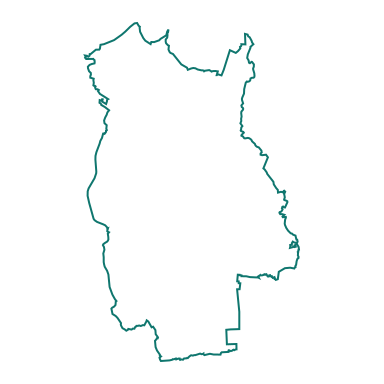 Kota Salatiga, Jawa Tengah, Indonesia (Albers equal-area conic projection)
{"feature_id": "22746128B99456803569608", "entity_name": "Kota Salatiga", "entity_type": "district", "adm_level": 2, "iso_a3": "IDN", "parent_name": "Indonesia", "parent_adm1": "Jawa Tengah", "projection": "albers", "projection_center": [110.501, -7.337], "detail": "fine", "context": "isolated", "style": "outline", "palette": "teal", "viewbox_px": 384, "rotation_deg": 0, "n_neighbors": 0, "source": "geoboundaries", "source_scale": "gbopen_adm2", "svg_char_len": 5895}
<svg xmlns="http://www.w3.org/2000/svg" viewBox="0 0 384 384"><path d="M98.0,91.1L99.9,93.9L108.1,99.1L107.4,99.5L107.0,100.2L107.0,101.2L106.1,104.0L102.2,101.6L101.9,100.7L102.6,100.0L102.7,99.3L102.1,99.2L101.3,100.6L99.7,100.1L99.5,102.8L100.6,103.5L101.6,104.9L101.5,105.1L104.8,107.0L109.1,110.3L107.4,112.4L106.7,114.7L105.2,117.5L104.1,120.5L104.5,123.2L106.7,125.2L106.3,128.8L106.7,129.5L106.8,130.3L106.0,130.7L106.0,131.9L105.0,133.4L104.4,133.2L104.1,133.9L103.1,133.7L102.0,137.9L100.3,141.0L99.6,143.7L96.4,152.2L95.5,155.9L95.4,159.6L96.3,171.5L96.2,173.3L94.5,178.3L88.6,188.4L87.7,191.3L87.6,195.8L89.2,203.0L93.6,218.8L94.6,220.2L97.0,221.9L103.1,224.3L105.2,225.3L107.2,227.5L107.3,228.6L108.0,228.3L107.2,231.1L107.7,231.7L109.0,232.3L107.8,233.7L108.3,237.0L108.4,239.5L107.8,240.8L106.9,241.8L105.3,242.7L103.4,244.1L102.9,245.1L104.0,247.1L104.4,249.8L103.3,253.5L103.7,257.2L103.7,262.1L104.1,264.4L104.7,266.7L107.1,270.8L108.4,274.5L109.6,287.0L112.4,294.6L114.9,299.1L116.4,301.0L115.8,301.4L115.5,305.0L114.1,306.6L112.2,307.7L111.4,308.6L112.5,314.0L115.7,316.0L117.5,317.9L121.0,323.1L120.8,324.6L121.1,325.6L122.5,328.2L124.7,329.4L126.3,330.7L127.9,329.8L128.3,328.9L131.1,329.5L131.7,329.5L132.8,328.6L134.4,328.7L135.1,327.1L135.8,326.8L136.4,325.9L137.8,325.9L139.1,325.5L140.8,326.0L142.9,325.1L144.3,325.3L146.4,321.4L146.7,320.4L148.3,321.5L151.6,327.3L153.1,326.7L155.4,330.1L155.7,334.2L158.0,337.4L157.7,338.3L156.8,338.3L156.4,339.3L155.0,340.8L155.6,347.1L157.0,350.5L159.9,354.7L159.8,355.6L161.0,356.4L159.5,357.7L160.1,359.6L160.9,361.0L169.5,360.4L172.1,359.8L172.7,359.2L173.7,359.3L175.9,358.5L176.2,359.4L178.6,358.5L179.6,358.5L179.6,359.3L180.1,359.9L181.1,359.4L183.0,359.7L184.0,358.5L186.6,358.3L187.1,357.9L187.8,358.1L189.2,356.6L190.8,355.4L191.5,355.3L192.9,355.6L194.2,355.1L195.4,355.1L200.1,353.6L201.5,354.2L202.8,354.0L203.4,353.6L203.4,354.1L204.4,355.1L209.9,353.8L213.5,354.5L220.5,354.6L220.9,353.1L221.7,352.3L228.7,351.9L229.0,351.4L228.6,350.4L228.9,350.2L230.8,351.1L232.3,350.6L233.0,349.9L233.6,349.7L234.2,350.2L236.0,349.3L236.5,349.3L236.4,344.0L226.9,344.3L226.3,329.8L230.5,329.4L239.3,329.1L239.3,311.8L237.1,289.3L239.6,289.2L240.3,283.3L238.7,283.2L238.7,281.4L237.2,281.3L237.8,274.7L239.6,274.8L239.6,275.2L241.5,275.4L241.5,276.2L246.4,276.3L250.0,277.1L258.2,277.5L258.8,277.8L258.1,276.5L259.9,275.3L259.9,275.6L260.5,275.3L261.9,275.4L263.7,274.9L263.7,274.6L264.7,274.2L265.2,274.7L265.5,274.4L266.4,274.2L267.6,276.3L268.1,276.6L269.3,276.3L269.3,275.3L269.9,275.2L269.9,276.1L271.7,276.1L271.7,277.0L272.4,277.1L272.7,277.8L274.3,277.2L274.3,278.2L274.8,278.2L274.8,279.1L275.3,279.2L275.8,279.9L277.8,279.2L278.8,271.8L284.9,268.2L290.2,267.7L294.3,268.5L294.8,267.4L295.5,267.2L295.5,265.7L296.1,264.9L296.6,261.3L297.3,259.1L297.8,258.3L298.2,258.3L298.5,258.0L298.5,256.6L297.9,255.6L298.0,253.1L297.8,252.0L298.3,251.8L298.3,250.1L299.0,249.7L298.6,246.9L296.9,244.1L294.7,245.3L295.7,246.7L294.5,247.1L293.2,246.7L292.9,247.1L290.0,247.9L290.3,246.7L290.2,245.0L291.8,244.8L291.9,243.1L292.8,241.6L294.2,242.5L296.4,242.8L297.2,242.6L297.6,241.6L297.2,239.7L296.5,239.6L296.2,238.8L295.5,235.6L293.1,234.7L292.0,233.6L290.7,233.3L288.1,230.7L286.3,228.0L285.0,225.0L284.7,223.6L285.1,219.7L285.9,217.6L285.8,216.9L282.8,217.2L282.5,216.6L284.3,214.8L282.0,214.1L280.2,214.1L279.4,212.8L279.7,212.1L280.7,211.9L281.7,211.0L282.3,210.0L282.6,209.3L281.9,208.4L282.4,206.8L283.1,206.5L284.0,207.3L285.0,207.5L287.4,202.2L287.3,201.3L286.8,200.9L284.3,200.0L284.1,199.6L284.8,197.3L284.3,194.6L283.7,193.2L284.7,192.9L285.2,191.7L284.2,190.7L283.8,190.9L283.5,191.6L282.1,192.1L281.0,191.8L278.0,192.6L277.8,189.9L276.2,188.1L273.8,184.4L273.4,181.8L267.3,174.0L266.7,172.4L264.6,169.4L263.4,168.4L267.9,157.3L266.0,154.7L262.1,155.2L260.6,154.7L260.6,153.5L261.7,152.4L261.4,150.6L258.8,147.4L257.0,146.8L256.1,146.1L255.4,145.3L254.9,143.9L252.1,141.4L251.6,140.2L250.6,139.1L249.1,138.2L247.9,137.9L245.0,138.4L244.2,138.2L243.0,136.5L241.4,135.7L241.6,134.9L243.8,132.7L243.3,131.9L241.0,131.0L240.7,130.5L241.1,129.4L241.3,127.5L242.4,126.1L240.4,123.3L241.3,121.0L241.1,118.9L241.6,116.6L241.2,113.1L241.4,111.6L243.0,109.7L243.2,108.8L242.8,107.8L241.8,107.1L241.4,105.4L243.1,103.4L242.0,100.0L241.9,98.9L242.3,97.5L244.0,93.6L244.2,89.1L245.8,82.6L246.9,81.5L247.4,81.8L248.9,81.5L249.7,81.0L250.2,80.3L250.5,78.5L251.8,77.8L253.6,77.7L254.3,77.0L254.5,75.9L254.3,73.3L253.2,69.6L253.1,68.5L253.8,66.7L253.9,64.4L252.0,61.9L251.6,61.8L249.9,63.2L249.0,62.7L248.6,60.4L247.2,58.0L247.8,54.4L250.5,47.7L250.4,46.9L253.4,44.2L252.1,42.5L251.6,40.8L249.7,37.3L248.2,36.3L247.6,34.6L245.0,33.9L245.4,44.4L241.4,44.2L241.5,44.9L241.1,46.1L240.0,46.9L240.3,48.4L238.0,51.1L235.8,52.9L229.9,50.2L223.7,69.9L221.5,75.4L217.9,74.3L217.4,74.5L216.9,75.1L216.7,75.1L217.8,71.4L215.4,71.0L212.9,71.1L211.5,71.6L210.9,71.0L209.2,70.1L205.1,70.7L204.1,71.3L203.7,70.6L202.5,70.3L201.3,70.3L197.7,69.5L195.4,68.3L193.2,68.0L191.1,68.5L187.8,69.8L187.0,67.7L181.3,64.4L173.0,54.0L170.4,52.9L169.5,51.8L168.5,49.5L168.9,45.7L167.8,45.1L166.1,43.3L165.7,41.8L165.7,39.5L167.2,37.6L167.5,35.1L167.3,33.1L168.0,32.4L168.5,29.5L167.2,31.6L166.3,35.3L160.5,38.9L159.2,40.3L154.1,42.1L151.3,42.0L150.6,44.1L145.3,40.7L143.3,38.1L140.1,31.8L139.6,27.6L139.9,26.8L138.6,25.7L137.1,23.0L134.5,23.4L130.2,26.8L125.3,31.6L121.7,34.7L114.1,40.1L103.9,44.2L100.5,44.8L99.9,48.7L99.3,49.6L95.9,49.7L90.7,54.0L89.7,54.1L89.6,55.6L88.4,56.7L87.6,56.5L87.0,55.8L85.0,55.5L85.8,57.0L85.1,57.6L85.4,58.2L86.2,59.0L93.3,58.9L93.6,59.5L94.5,60.1L94.7,62.1L94.5,63.4L91.8,64.0L89.6,64.9L87.9,66.7L88.0,68.3L89.1,71.3L90.8,72.9L90.9,74.7L90.3,76.1L90.3,77.7L93.7,78.7L93.4,80.3L93.8,82.8L93.4,85.4L94.1,85.9L95.0,85.9L95.6,86.4L95.1,87.6L95.8,89.2L97.6,89.3L98.8,90.0L98.0,91.1Z" fill="none" stroke="#0f766e" stroke-width="2"/></svg>